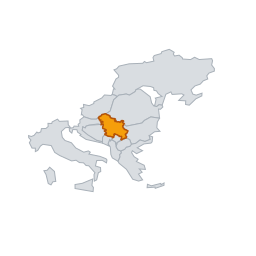 Republic of Serbia highlighted, Robinson projection, rotated 345°
{"feature_id": "SRB", "entity_name": "Republic of Serbia", "entity_type": "country or territory", "adm_level": 0, "iso_a3": "SRB", "parent_name": "Europe", "parent_adm1": "", "projection": "robinson", "projection_center": [20.755, 44.206], "detail": "fine", "context": "with_neighbors", "style": "filled", "palette": "amber", "viewbox_px": 256, "rotation_deg": 345, "n_neighbors": 12, "source": "natural_earth", "source_scale": "50m", "svg_char_len": 8177}
<svg xmlns="http://www.w3.org/2000/svg" viewBox="0 0 256 256"><g transform="rotate(345 128 128)"><path d="M199.4,112.1L202.4,113.9L208.5,113.5L207.6,116.1L201.1,117.4L193.1,121.8L189.7,120.2L190.8,116.7L184.1,114.5L190.6,110.6L188.8,108.9L179.3,107.0L178.8,104.2L173.3,105.2L166.9,114.8L164.1,113.5L161.3,114.7L158.6,113.3L160.0,112.5L162.5,107.6L162.1,106.2L169.0,106.3L166.1,102.6L165.1,99.5L162.8,98.3L163.2,95.7L160.4,93.7L153.5,91.1L145.7,93.0L144.3,94.7L137.9,96.6L135.1,94.7L127.6,93.9L125.1,95.5L124.7,93.5L121.4,91.5L124.1,86.5L125.4,87.0L123.9,83.6L129.1,77.5L132.0,76.6L132.6,74.6L129.5,68.2L132.3,67.9L135.4,65.9L145.7,66.3L159.0,69.3L161.1,68.0L162.7,69.7L170.3,70.1L170.4,66.4L172.1,64.8L179.2,64.7L180.5,63.0L188.2,62.7L192.2,66.8L190.9,68.3L191.6,70.5L196.2,70.9L198.6,74.1L198.6,75.5L206.2,78.1L210.6,76.9L214.5,80.3L226.8,82.7L227.1,84.9L225.1,88.8L226.8,92.9L226.1,95.4L220.4,95.9L217.6,98.0L217.7,101.3L212.9,101.9L209.2,104.3L203.6,104.7L198.7,107.5L199.4,112.1Z" fill="#d9dde1" stroke="#a8b0b8" stroke-width="1"/><path d="M121.4,91.5L124.7,93.5L125.1,95.5L121.5,97.0L115.1,107.1L110.3,108.6L106.6,108.2L99.7,111.3L94.7,109.9L88.4,105.8L87.3,103.2L86.3,103.2L88.4,98.4L87.3,96.7L90.6,96.7L91.1,93.7L96.3,96.4L101.3,95.5L101.8,94.0L110.5,92.2L113.8,90.0L120.1,92.2L121.4,91.5Z" fill="#d9dde1" stroke="#a8b0b8" stroke-width="1"/><path d="M158.6,113.3L161.3,114.7L164.1,113.5L166.9,114.8L167.1,116.7L164.2,118.3L162.4,117.6L161.0,126.7L152.9,123.2L145.8,124.9L142.8,126.8L126.8,125.8L123.9,121.4L125.3,120.1L123.8,119.2L121.9,120.9L118.4,118.7L117.9,115.6L114.2,113.9L113.5,111.5L110.3,108.6L115.1,107.1L121.5,97.0L127.6,93.9L135.1,94.7L137.9,96.6L144.3,94.7L145.7,93.0L148.2,93.0L150.0,93.7L157.5,103.5L157.3,109.9L158.6,113.3Z" fill="#d9dde1" stroke="#a8b0b8" stroke-width="1"/><path d="M125.0,122.7L126.8,125.8L142.8,126.8L145.8,124.9L152.9,123.2L161.0,126.7L157.9,129.8L155.9,135.2L158.0,139.5L152.7,138.5L146.5,140.9L146.5,144.7L140.9,145.4L136.5,142.7L131.6,144.8L127.1,144.6L126.6,139.6L123.5,137.2L124.5,136.1L123.8,135.2L124.8,132.8L127.1,130.5L124.1,127.2L123.6,124.4L125.0,122.7Z" fill="#d9dde1" stroke="#a8b0b8" stroke-width="1"/><path d="M148.6,190.4L147.9,192.7L138.7,193.3L138.8,192.1L131.0,190.6L132.2,187.4L135.7,189.9L145.3,190.0L145.2,191.4L148.6,190.4ZM127.1,144.6L131.6,144.8L136.5,142.7L140.9,145.4L146.5,144.7L146.5,140.9L149.5,142.9L147.7,147.6L146.3,148.5L139.3,147.5L131.8,149.5L136.2,153.7L129.6,155.0L126.3,151.1L125.1,152.7L126.5,157.3L129.7,160.8L127.4,162.5L134.0,168.2L134.1,172.5L128.3,170.5L130.2,174.4L126.2,175.2L128.7,181.9L124.5,182.0L119.3,178.7L115.8,167.5L110.2,159.7L109.7,157.5L112.6,153.9L113.0,151.4L115.0,150.3L115.1,148.3L119.2,147.7L121.5,146.0L124.9,146.2L127.1,144.6Z" fill="#d9dde1" stroke="#a8b0b8" stroke-width="1"/><path d="M115.1,148.3L115.0,150.3L113.0,151.4L112.6,153.9L109.7,157.5L105.1,152.8L104.6,149.2L106.0,141.7L104.6,138.1L107.3,134.4L107.7,135.8L109.3,135.1L112.1,137.9L111.7,143.3L112.6,146.5L115.1,148.3Z" fill="#d9dde1" stroke="#a8b0b8" stroke-width="1"/><path d="M88.4,105.8L94.7,109.9L99.7,111.3L101.9,110.2L105.3,115.2L102.9,118.0L100.2,116.3L90.9,115.2L88.0,115.4L86.7,116.9L84.6,115.2L83.2,118.3L94.7,131.8L100.1,134.7L99.4,136.0L84.6,128.2L79.6,122.7L80.9,122.1L78.2,118.9L78.2,116.4L74.3,115.2L72.4,118.4L70.7,115.9L71.1,113.2L75.3,113.5L76.4,112.2L80.8,113.6L80.8,111.5L82.9,110.7L83.6,107.7L88.4,105.8Z" fill="#d9dde1" stroke="#a8b0b8" stroke-width="1"/><path d="M51.9,102.8L55.5,103.9L56.3,102.5L62.2,101.2L63.4,103.8L71.9,105.7L71.1,109.4L72.5,112.5L67.7,111.5L62.7,114.1L62.1,120.0L63.9,123.8L69.5,127.6L72.4,133.8L79.0,139.9L83.8,139.9L85.3,141.6L83.5,143.1L93.5,148.1L98.8,152.0L99.4,153.4L98.2,156.1L94.8,152.6L89.4,151.3L86.7,156.2L91.2,159.1L90.4,163.0L87.8,163.5L84.3,170.0L81.7,170.6L83.1,164.2L84.5,162.6L80.3,154.3L77.8,153.4L76.0,150.1L72.1,148.8L69.5,145.7L65.0,145.2L54.9,136.9L50.9,132.6L49.3,125.1L41.5,121.7L38.7,122.8L35.0,126.3L32.4,126.8L33.3,123.5L30.1,122.6L28.9,116.7L31.1,114.5L29.6,111.7L30.0,109.6L32.4,111.2L35.4,110.8L38.9,108.3L39.9,109.5L42.7,109.2L44.2,106.2L48.6,107.2L51.3,105.9L51.9,102.8ZM69.5,169.6L80.7,168.1L78.3,174.1L79.2,176.5L77.8,180.4L61.2,172.8L62.2,168.9L69.5,169.6ZM39.0,147.9L42.2,145.6L45.7,150.9L44.4,160.9L41.5,160.5L38.9,163.0L36.6,161.0L36.8,151.8L35.7,147.5L39.0,147.9Z" fill="#d9dde1" stroke="#a8b0b8" stroke-width="1"/><path d="M100.1,134.7L94.7,131.8L87.4,124.2L83.2,118.3L84.6,115.2L86.7,116.9L88.0,115.4L90.9,115.2L105.1,118.0L103.6,121.3L106.5,124.2L105.6,127.8L101.0,130.5L100.1,134.7Z" fill="#d9dde1" stroke="#a8b0b8" stroke-width="1"/><path d="M123.5,137.2L126.6,139.6L127.1,144.6L124.9,146.2L121.5,146.0L119.2,147.7L115.1,148.3L112.6,146.5L111.7,143.3L113.5,139.2L123.5,137.2Z" fill="#d9dde1" stroke="#a8b0b8" stroke-width="1"/><path d="M111.0,132.8L107.7,135.8L107.3,134.4L104.6,138.1L105.0,140.5L99.4,136.0L101.0,130.5L104.1,128.1L111.0,132.8Z" fill="#d9dde1" stroke="#a8b0b8" stroke-width="1"/><path d="M112.5,140.7L112.1,137.9L109.3,135.1L111.9,132.9L112.8,130.4L113.9,130.0L119.7,134.4L118.5,137.7L113.5,139.2L113.3,140.7L112.5,140.7Z" fill="#d9dde1" stroke="#a8b0b8" stroke-width="1"/><path d="M117.2,118.3L118.2,118.5L118.6,118.8L118.8,119.1L119.5,119.4L120.5,119.5L121.2,119.8L121.6,120.4L122.3,120.3L123.2,119.4L124.1,119.2L124.9,119.6L125.4,119.9L125.5,120.2L125.3,120.3L124.8,120.3L124.4,120.4L124.1,120.8L124.1,121.2L124.3,121.6L124.6,121.9L125.0,122.1L125.2,122.3L125.2,122.6L125.3,122.7L125.1,122.8L124.9,123.0L124.7,123.4L124.7,123.9L123.9,124.4L123.6,124.4L123.5,124.7L123.3,125.5L123.3,126.1L123.4,126.5L123.5,126.7L123.7,127.0L124.0,127.5L124.1,128.1L124.5,128.6L125.3,129.1L125.8,129.4L126.1,129.8L126.3,130.1L127.1,130.6L127.0,131.0L126.9,131.3L126.7,131.5L126.3,131.9L126.0,132.2L125.4,132.9L124.5,133.0L124.3,133.0L124.0,133.2L123.8,133.6L124.0,133.9L124.0,134.2L123.8,134.8L124.0,135.5L124.3,135.8L124.4,136.0L124.3,136.3L123.9,136.9L123.7,137.1L123.3,137.2L123.1,137.2L122.8,137.0L122.6,136.9L122.0,137.1L121.5,137.3L121.0,137.2L120.6,137.2L120.2,137.3L119.5,137.6L118.8,137.8L118.5,137.7L118.3,137.5L118.2,137.1L118.3,137.0L118.7,136.7L118.8,136.4L119.5,135.1L119.6,134.7L119.4,134.4L119.1,134.4L117.4,133.9L117.5,133.3L117.0,133.0L116.5,132.7L116.4,132.4L115.8,131.7L115.3,131.4L114.8,131.2L114.3,130.9L114.1,130.7L113.9,130.4L113.9,130.2L113.6,130.1L113.2,130.3L112.7,130.5L112.8,131.1L112.9,131.3L112.9,131.5L112.7,131.8L111.8,132.4L111.7,132.6L111.9,133.0L111.0,133.3L111.0,133.2L111.0,132.9L110.5,132.5L109.9,132.3L108.6,131.4L108.0,131.3L107.6,131.2L106.9,130.8L106.5,130.7L106.2,130.4L105.3,129.5L104.6,128.9L104.1,128.6L104.0,128.4L104.0,128.1L104.4,127.6L104.6,127.6L105.0,127.6L105.2,127.8L105.6,127.8L105.7,127.6L105.8,127.2L105.8,126.7L105.0,125.7L104.4,124.9L104.5,124.6L104.9,124.6L105.6,124.7L106.2,124.6L106.4,124.4L106.4,124.2L106.2,123.9L105.5,123.3L104.9,122.8L104.3,122.4L103.8,122.2L103.6,122.0L103.6,121.8L103.6,121.4L103.7,120.8L103.8,120.5L104.2,119.9L104.6,119.2L104.9,118.6L105.0,118.0L105.0,117.9L104.8,117.7L104.3,117.6L103.7,117.7L103.1,117.9L102.9,117.9L102.9,117.7L103.0,117.6L103.3,117.6L103.5,117.1L103.3,115.9L103.7,115.8L103.7,115.6L104.2,115.7L104.7,115.7L105.3,115.7L105.3,115.4L105.2,115.2L104.9,115.0L104.6,114.9L103.5,114.4L103.0,114.0L103.0,113.5L103.1,113.2L103.3,113.1L102.7,112.8L102.4,112.5L102.6,112.1L102.3,111.2L102.0,110.7L102.3,110.5L102.4,110.2L102.5,110.0L103.1,109.8L103.3,109.6L103.4,109.4L103.5,109.4L103.8,109.6L104.2,109.6L104.6,109.5L105.0,109.3L105.3,109.1L105.5,109.0L105.7,108.9L106.2,108.3L106.7,108.2L107.3,108.4L108.0,108.4L108.6,108.3L109.9,108.4L110.2,108.6L110.4,108.7L110.8,109.1L111.1,109.7L111.6,109.9L112.2,110.3L112.5,110.5L112.9,111.1L113.2,111.5L113.3,111.5L113.5,111.4L113.6,111.6L113.7,112.0L113.6,112.5L113.7,113.0L113.6,113.3L113.7,113.5L114.2,113.8L114.6,114.2L115.1,114.6L115.6,114.8L115.9,114.8L116.3,115.2L117.3,115.4L117.6,115.5L117.8,115.7L117.9,115.8L118.0,116.0L117.8,116.1L117.6,116.4L117.5,116.7L117.4,116.8L117.2,116.8L117.1,117.0L117.3,117.2L117.5,117.3L117.8,117.4L118.2,117.6L118.1,117.9L117.7,117.9L117.3,117.9L117.2,118.0L117.2,118.3Z" fill="#f59e0b" stroke="#b45309" stroke-width="1.5"/></g></svg>